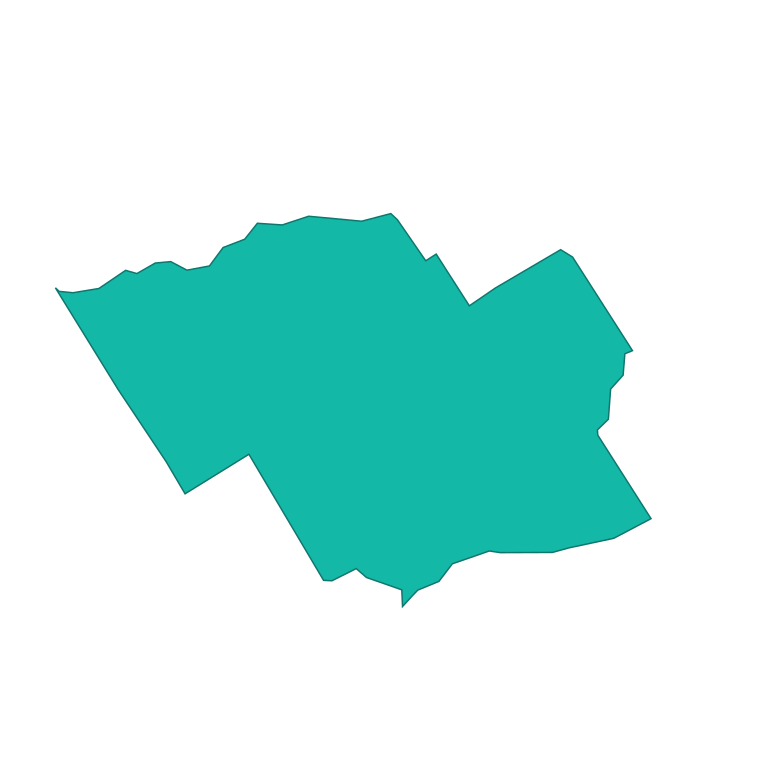 outline of Barbour, Alabama, United States of America, rotated 58°
{"feature_id": "52423323B4191008526240", "entity_name": "Barbour", "entity_type": "district", "adm_level": 2, "iso_a3": "USA", "parent_name": "United States of America", "parent_adm1": "Alabama", "projection": "orthographic", "projection_center": [-85.401, 31.883], "detail": "fine", "context": "isolated", "style": "filled", "palette": "teal", "viewbox_px": 768, "rotation_deg": 58, "n_neighbors": 0, "source": "geoboundaries", "source_scale": "gbopen_adm2", "svg_char_len": 806}
<svg xmlns="http://www.w3.org/2000/svg" viewBox="0 0 768 768"><g transform="rotate(58 384 384)"><path d="M195.2,386.0L180.6,406.2L187.4,425.4L183.0,448.1L191.4,469.5L183.0,490.8L167.2,500.0L160.2,513.9L159.4,535.0L150.7,542.9L151.9,575.2L141.8,599.4L133.3,610.4L128.3,611.7L247.7,612.4L334.6,609.9L371.7,610.9L372.0,535.8L518.5,539.3L523.3,532.4L525.8,505.4L538.8,501.4L568.0,478.0L582.5,486.2L578.6,472.1L576.7,464.6L580.5,442.0L572.7,421.3L581.4,383.2L588.6,374.8L616.1,330.4L621.0,313.9L629.8,289.7L636.6,271.0L639.7,228.9L540.6,229.8L536.0,227.3L532.8,212.4L508.4,194.5L503.2,176.5L486.0,163.7L487.4,155.6L376.3,156.8L363.7,163.0L361.6,238.3L362.9,270.2L301.5,270.9L301.6,283.3L251.8,285.6L243.1,287.9L234.1,316.7L201.8,359.0L195.2,386.0Z" fill="#14b8a6" stroke="#0f766e" stroke-width="1.5"/></g></svg>